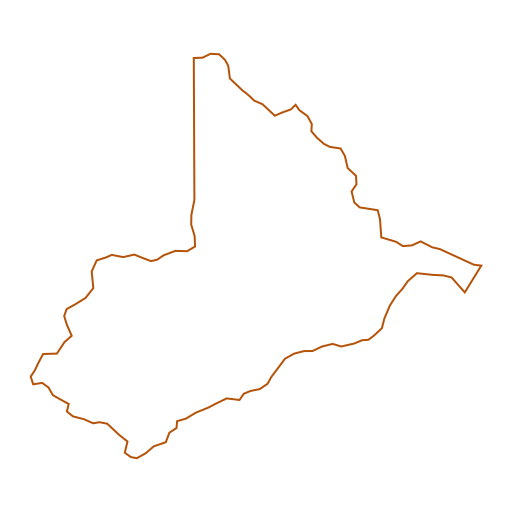 Iguaraçu, Paraná, Brazil
{"feature_id": "56859067B69618281241439", "entity_name": "Iguaraçu", "entity_type": "district", "adm_level": 2, "iso_a3": "BRA", "parent_name": "Brazil", "parent_adm1": "Paraná", "projection": "albers", "projection_center": [-51.847, -23.218], "detail": "fine", "context": "isolated", "style": "outline", "palette": "amber", "viewbox_px": 512, "rotation_deg": 0, "n_neighbors": 0, "source": "geoboundaries", "source_scale": "gbopen_adm2", "svg_char_len": 1639}
<svg xmlns="http://www.w3.org/2000/svg" viewBox="0 0 512 512"><path d="M38.4,362.8L34.8,370.4L30.7,376.6L33.2,384.3L42.2,382.9L48.5,387.5L52.9,395.2L58.9,398.6L68.7,404.0L66.9,411.5L73.0,416.4L84.0,419.2L93.1,423.3L99.5,422.2L107.2,423.7L119.5,435.2L127.5,441.5L124.8,452.7L130.9,457.1L136.9,458.2L145.9,453.1L153.8,446.3L165.8,442.2L169.4,432.7L176.5,428.0L177.1,421.2L186.2,418.5L195.9,412.6L208.1,407.7L216.2,403.5L226.7,398.4L239.5,400.0L243.8,393.7L250.7,390.9L259.8,389.1L267.5,383.8L271.5,376.7L279.2,366.5L285.0,358.7L294.2,353.6L304.0,351.1L312.6,351.0L322.0,346.5L332.7,343.9L341.2,346.5L354.3,343.5L362.2,340.2L368.4,339.8L373.7,335.8L381.9,328.2L384.4,318.4L390.0,305.3L396.2,295.7L402.2,289.1L407.8,281.2L416.9,273.2L433.0,274.9L443.4,275.4L451.6,277.5L464.8,292.4L481.3,265.6L473.8,264.7L439.9,249.1L432.2,247.3L420.6,241.4L411.9,245.4L402.9,246.1L396.1,241.8L381.3,237.4L380.0,219.2L377.7,210.2L359.7,207.4L354.3,202.5L351.6,191.5L356.5,184.2L356.0,175.8L347.7,168.1L344.9,156.0L340.6,148.5L329.9,146.9L323.8,143.8L317.1,137.9L311.4,131.3L311.8,124.1L307.5,116.1L299.4,110.2L295.6,104.8L290.9,109.4L282.5,112.4L274.8,115.7L262.6,104.3L254.2,100.6L248.3,95.0L242.1,90.1L229.9,78.5L228.2,65.7L225.0,59.9L219.2,54.3L210.5,53.8L202.5,57.7L193.8,58.0L194.4,199.9L191.4,214.8L191.2,224.6L194.6,236.0L195.1,246.5L187.1,251.2L175.4,250.9L163.6,255.3L157.2,259.7L151.0,261.1L142.5,257.9L134.3,254.6L123.2,257.1L111.8,254.9L106.1,257.4L96.7,260.4L91.7,271.4L93.3,288.1L85.6,297.9L74.9,304.5L66.6,309.1L64.2,316.1L66.8,324.6L71.7,335.8L64.5,342.1L56.9,353.6L43.1,354.0L38.4,362.8Z" fill="none" stroke="#b45309" stroke-width="2"/></svg>